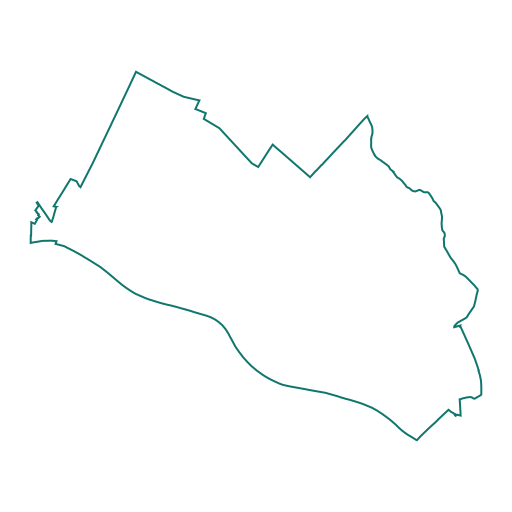 the district of Rhenen, Utrecht, Netherlands
{"feature_id": "6326949B30016596145373", "entity_name": "Rhenen", "entity_type": "district", "adm_level": 2, "iso_a3": "NLD", "parent_name": "Netherlands", "parent_adm1": "Utrecht", "projection": "orthographic", "projection_center": [5.564, 51.981], "detail": "fine", "context": "isolated", "style": "outline", "palette": "teal", "viewbox_px": 512, "rotation_deg": 0, "n_neighbors": 0, "source": "geoboundaries", "source_scale": "gbopen_adm2", "svg_char_len": 5916}
<svg xmlns="http://www.w3.org/2000/svg" viewBox="0 0 512 512"><path d="M357.3,402.1L362.4,403.8L366.3,405.4L371.9,407.7L377.1,410.6L382.3,414.0L389.0,418.9L391.3,420.8L395.7,424.6L398.7,427.6L401.7,430.3L405.1,432.9L408.3,435.1L410.5,436.3L416.5,440.1L416.9,440.2L418.8,438.2L420.7,436.1L426.1,430.9L428.4,428.7L432.6,424.8L434.7,423.0L438.7,419.0L448.5,409.8L449.8,410.8L450.7,411.6L452.0,412.4L455.2,414.2L454.7,414.8L455.6,415.8L457.3,414.7L459.1,415.2L460.6,415.6L460.5,412.8L459.7,399.3L460.6,399.1L461.0,399.0L462.4,398.5L463.0,398.3L463.8,398.1L466.6,397.5L469.2,397.1L469.6,397.1L470.2,397.1L471.7,397.3L473.4,398.4L473.9,398.6L474.2,398.7L474.4,398.7L474.6,398.7L474.9,398.5L478.0,396.7L480.0,395.6L480.8,395.1L481.0,394.9L481.2,394.6L481.3,394.5L481.3,394.0L481.3,391.8L481.3,389.6L481.3,387.3L481.2,384.2L481.1,382.3L480.9,380.3L480.8,380.0L480.7,379.1L480.4,377.7L479.9,375.4L479.6,374.3L479.3,373.2L479.1,372.6L478.5,370.8L478.7,370.7L478.8,370.6L477.0,365.1L476.0,362.3L475.0,359.3L474.2,357.4L472.7,353.9L469.1,345.7L468.7,344.7L460.4,326.4L460.0,326.5L460.0,326.4L459.6,326.3L460.0,325.6L454.2,327.2L454.2,326.9L454.4,326.3L454.6,325.8L454.8,325.5L455.1,325.2L457.8,322.5L458.2,322.3L464.1,319.0L465.8,318.0L466.3,317.7L466.5,317.5L467.0,316.9L467.2,316.6L468.5,314.3L469.5,312.9L473.8,306.7L473.9,306.4L474.1,305.8L474.7,303.5L475.1,302.0L475.3,301.2L476.0,297.9L476.7,294.5L477.0,293.6L477.3,292.1L477.4,291.8L477.7,291.1L477.8,290.8L477.8,290.5L477.7,289.8L477.4,289.3L477.4,289.2L477.4,288.9L477.0,288.5L476.6,288.1L474.1,285.1L471.7,282.7L468.7,279.6L466.0,276.9L464.9,276.0L464.4,275.7L463.9,275.3L463.2,274.9L462.5,274.6L461.1,273.9L460.4,273.6L460.0,273.4L459.8,273.1L459.6,272.9L459.4,272.5L458.8,271.2L458.4,270.3L457.4,268.0L456.3,265.8L455.5,264.2L454.8,263.2L454.3,262.4L452.3,259.8L450.6,257.7L450.4,257.4L447.6,252.4L446.0,249.7L445.0,248.0L444.3,246.9L444.3,246.7L444.2,246.5L444.2,246.3L444.0,242.5L443.8,239.5L443.8,239.1L443.9,238.2L444.2,237.7L444.3,237.3L444.4,237.1L444.8,236.1L444.8,235.8L444.8,234.7L444.5,233.1L444.1,232.5L443.9,232.2L443.6,231.8L442.6,230.7L442.4,230.3L442.1,228.9L441.9,227.6L441.8,226.9L441.6,223.7L441.6,223.1L441.9,219.6L442.0,217.1L442.0,216.6L441.5,214.0L441.2,212.9L441.0,211.2L440.8,210.6L440.8,210.3L440.5,209.5L439.0,207.3L435.7,202.8L435.4,202.5L433.9,201.3L433.6,200.9L433.0,199.7L432.8,199.2L432.4,198.5L431.8,197.4L429.7,194.2L428.9,193.1L427.6,192.2L424.9,192.3L424.2,192.2L423.7,192.1L423.4,191.9L422.3,191.3L420.7,190.3L420.1,190.0L419.2,189.9L417.8,190.5L417.0,190.8L415.5,191.4L414.2,191.3L412.4,190.8L411.1,189.7L409.5,188.3L409.0,188.1L408.2,187.7L407.7,187.5L407.3,187.4L406.5,186.7L405.9,185.9L405.5,185.1L404.1,183.5L401.8,180.6L399.5,178.7L397.4,177.5L397.2,177.3L396.8,177.0L396.6,176.7L394.8,174.2L394.0,173.1L393.8,172.8L393.7,172.6L392.4,171.0L392.2,170.8L392.3,170.8L390.6,169.5L390.4,169.3L390.0,168.8L389.7,168.1L388.8,166.5L388.7,166.3L388.5,166.2L386.7,164.7L385.6,163.9L382.5,161.7L380.6,160.2L379.8,159.8L379.0,159.3L378.0,158.7L377.7,158.5L376.3,157.2L375.6,156.5L374.8,155.5L374.8,155.1L374.6,155.0L374.5,154.9L373.8,153.5L373.1,152.2L371.8,149.3L371.6,148.5L371.2,147.5L371.2,146.9L371.1,145.7L371.1,144.3L371.2,143.3L371.2,142.7L371.2,142.1L371.1,140.3L371.3,138.3L371.2,138.3L371.3,137.6L371.4,137.2L371.5,136.8L371.6,136.4L372.1,134.8L372.3,134.2L372.4,133.5L372.5,132.3L372.5,131.6L372.5,130.8L372.4,129.8L372.3,128.2L372.1,127.0L372.0,126.7L371.2,124.6L369.9,122.1L368.6,119.1L367.3,116.4L367.3,116.1L366.6,116.7L366.5,116.8L364.2,119.0L360.7,122.8L344.7,140.7L344.4,140.8L332.6,153.3L329.1,157.1L328.0,158.3L325.9,160.5L325.4,161.0L321.9,164.9L321.5,165.0L320.0,166.6L319.1,167.7L318.7,168.0L316.5,170.5L315.9,170.8L310.1,177.2L292.2,161.6L282.0,152.7L280.7,151.6L274.9,146.6L272.7,144.6L271.8,145.9L270.8,147.5L269.6,149.3L269.3,149.7L258.2,167.0L251.8,163.3L219.4,128.2L203.8,118.9L205.8,113.2L195.4,109.0L198.7,101.8L199.4,100.4L196.6,99.8L188.1,97.8L183.8,96.8L182.0,96.0L172.2,91.5L165.6,87.8L161.6,85.7L158.8,84.1L158.6,84.1L136.0,71.8L134.1,75.9L128.2,88.5L125.6,94.0L118.4,109.2L115.7,114.9L111.5,123.7L110.6,125.7L108.2,130.6L105.6,136.1L102.3,143.0L92.9,162.8L85.4,177.5L80.5,187.1L80.1,186.7L79.3,186.3L79.1,185.9L77.3,182.6L76.6,181.3L74.5,180.5L70.6,179.0L69.0,181.6L67.2,184.5L65.6,187.1L63.9,189.9L60.6,195.2L57.9,199.5L55.6,203.3L53.7,206.3L56.1,206.8L55.9,206.9L56.1,207.1L56.0,207.6L55.7,208.6L54.9,211.5L54.7,212.0L54.5,212.5L54.4,213.2L53.1,217.8L52.1,220.8L51.8,221.6L51.7,221.9L51.6,222.0L50.4,221.0L49.2,219.5L44.6,212.6L41.4,208.2L41.2,207.8L37.4,202.2L36.7,202.7L37.8,204.4L38.7,205.7L38.0,206.6L36.5,208.8L35.3,210.4L36.8,212.0L37.1,212.3L36.8,212.7L38.8,214.3L38.1,215.2L39.7,216.6L39.4,217.2L39.0,217.4L38.1,218.1L37.9,218.0L37.2,218.3L36.2,219.3L37.0,219.9L35.3,222.9L34.8,223.8L31.3,222.3L31.3,225.1L31.2,229.6L31.1,235.4L30.8,235.4L30.8,236.1L30.7,238.0L30.7,242.9L34.5,242.2L37.1,241.8L41.1,241.1L42.3,240.9L42.6,240.9L44.8,240.8L47.2,240.8L49.9,240.7L51.6,240.7L52.9,240.8L55.2,241.1L56.5,241.2L55.6,243.9L56.7,244.2L62.5,245.7L63.9,246.1L64.5,246.3L67.5,247.9L73.5,250.9L78.1,253.4L81.8,255.5L84.7,257.4L86.9,258.6L100.2,266.9L107.6,272.7L117.2,280.8L122.1,284.9L126.4,288.0L131.0,291.1L135.5,293.8L144.2,297.6L145.6,298.2L148.9,299.4L150.6,299.9L155.6,301.5L157.0,301.9L161.7,303.3L167.2,304.7L172.6,305.9L187.3,310.0L189.5,310.6L192.6,311.6L195.4,312.5L206.5,315.7L210.9,317.3L215.1,319.5L218.9,322.2L222.4,325.3L225.6,329.2L227.9,332.8L228.3,333.4L229.9,336.5L231.5,339.4L235.5,346.8L239.1,352.0L240.7,354.0L243.0,357.1L247.1,361.7L251.6,366.2L256.7,370.5L261.7,374.1L262.5,374.7L265.5,376.6L269.3,378.8L273.5,380.9L276.2,382.1L279.0,383.4L282.3,384.7L285.6,385.5L290.8,386.6L301.0,388.4L305.9,389.3L309.4,390.0L313.9,390.8L325.4,392.8L328.2,393.6L337.1,396.1L341.2,397.5L344.1,398.3L345.6,398.8L349.0,399.6L357.3,402.1Z" fill="none" stroke="#0f766e" stroke-width="2"/></svg>